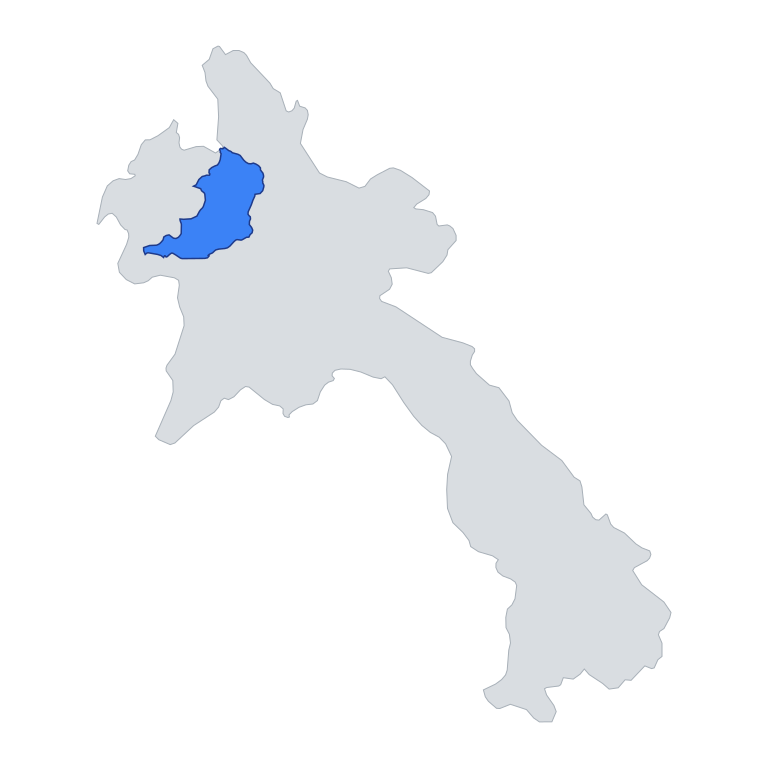 Oudômxai on a map of Laos (orthographic projection)
{"feature_id": "LAO-3290", "entity_name": "Oudômxai", "entity_type": "Province", "adm_level": 1, "iso_a3": "LAO", "parent_name": "Laos", "parent_adm1": "", "projection": "orthographic", "projection_center": [101.644, 20.521], "detail": "fine", "context": "in_parent", "style": "filled", "palette": "blue", "viewbox_px": 768, "rotation_deg": 0, "n_neighbors": 0, "source": "natural_earth", "source_scale": "10m", "svg_char_len": 5513}
<svg xmlns="http://www.w3.org/2000/svg" viewBox="0 0 768 768"><path d="M246.5,55.3L250.7,62.8L269.9,83.1L273.2,88.6L280.2,92.8L286.2,110.9L288.7,112.0L291.9,110.8L294.2,108.2L296.2,101.2L297.5,100.4L299.7,106.2L305.1,107.9L307.4,110.4L308.2,114.7L307.4,119.2L303.0,129.6L300.4,143.4L319.5,173.0L327.4,177.0L346.2,181.7L359.0,188.1L364.9,186.4L370.5,179.0L377.2,174.8L389.7,168.3L393.4,167.9L400.4,170.3L412.0,177.5L429.5,191.0L429.0,194.7L425.9,198.4L416.7,204.1L413.8,207.6L415.7,208.9L423.4,209.7L432.6,212.6L435.5,216.2L437.1,224.4L438.8,226.0L447.3,224.9L449.9,226.0L453.0,228.6L456.1,235.4L456.1,240.5L447.9,249.7L447.0,255.1L442.8,261.7L431.3,272.7L428.2,273.4L406.7,267.8L389.7,268.9L388.3,271.2L391.3,277.7L392.2,284.2L389.6,289.2L379.9,295.7L379.6,298.5L381.6,301.4L396.0,306.9L442.1,337.3L463.0,342.9L472.2,346.6L474.6,348.8L474.6,351.5L472.3,355.0L470.4,361.2L470.4,364.8L472.6,368.4L476.4,373.6L489.4,385.1L498.9,387.7L509.0,401.0L512.2,412.8L517.2,420.3L541.6,445.3L561.8,460.5L574.1,477.2L580.0,480.9L581.9,487.0L583.9,504.8L591.0,513.5L592.6,517.1L595.7,519.7L599.0,520.1L605.9,514.0L607.3,514.8L610.7,524.1L613.7,527.5L624.4,533.0L635.9,543.9L642.0,547.9L649.7,550.9L650.9,554.4L649.6,558.1L647.3,560.6L634.4,567.6L632.7,570.5L641.7,584.8L663.9,602.0L671.0,612.5L669.7,617.8L664.0,628.5L659.5,631.5L658.4,634.8L662.0,643.2L662.0,656.4L657.9,659.7L654.2,667.9L651.6,668.6L644.8,665.9L631.1,680.3L625.1,679.8L618.2,687.8L609.1,689.1L602.7,683.5L589.2,674.6L584.3,669.0L580.2,674.1L573.2,679.1L563.3,677.7L560.7,684.7L558.8,686.0L546.8,687.5L544.5,688.7L546.6,695.0L553.9,705.5L556.2,711.6L551.9,721.8L539.4,721.9L533.7,718.0L526.5,709.6L510.4,704.3L499.8,708.5L496.5,708.3L488.4,701.3L485.3,696.8L483.4,689.9L495.5,684.1L501.6,679.6L505.6,674.9L507.2,670.1L508.8,650.0L510.5,643.0L509.4,634.3L506.0,627.6L505.8,617.4L507.4,609.1L511.9,604.9L515.0,598.8L516.7,585.5L515.2,582.1L510.6,578.9L502.9,576.0L498.0,572.2L495.9,567.5L496.0,563.3L498.3,559.7L492.5,555.8L478.5,551.7L470.7,546.6L469.0,540.5L463.0,532.5L452.9,522.7L447.5,508.4L446.7,489.6L447.6,474.3L451.6,456.5L445.6,443.8L439.2,437.2L430.3,432.4L421.8,425.4L413.7,416.3L403.9,402.7L392.5,384.8L384.9,376.8L381.1,378.7L373.1,377.1L360.8,372.0L350.1,369.3L340.9,369.0L335.0,370.3L332.3,373.1L332.1,375.8L334.4,378.5L333.2,380.6L328.4,382.2L324.6,385.2L320.3,391.9L317.4,400.6L312.9,404.0L305.9,404.8L299.0,407.3L292.2,411.6L289.0,414.9L289.4,417.0L287.9,417.5L284.6,416.3L283.0,413.5L283.2,408.9L279.7,405.9L272.6,404.4L264.5,399.6L249.1,387.1L245.5,386.5L240.5,389.8L233.9,396.8L228.5,399.6L224.2,398.2L220.9,400.7L218.6,407.1L214.3,412.1L193.6,425.6L174.9,443.0L170.2,444.6L158.8,439.7L155.3,436.2L170.9,400.6L173.2,391.9L172.8,380.5L166.2,370.9L166.0,368.1L167.0,365.2L175.0,354.2L184.1,325.7L183.7,316.8L179.7,307.0L177.5,297.8L179.3,285.2L178.6,280.3L174.4,277.8L160.3,275.2L152.2,277.2L148.3,280.7L143.6,282.8L134.7,283.9L126.3,279.6L119.4,272.3L117.8,263.4L126.6,244.4L128.8,237.1L128.6,233.6L127.1,230.0L125.0,229.5L120.6,224.9L116.3,217.0L112.2,213.3L108.3,214.0L104.7,216.9L98.8,224.4L97.0,223.4L102.4,197.1L107.3,185.9L113.1,180.8L119.1,178.6L125.5,179.5L130.9,178.6L135.2,175.8L134.8,174.3L129.7,173.8L127.7,170.8L128.8,165.2L131.1,161.6L134.6,160.0L138.0,154.3L141.3,144.7L145.3,139.9L150.0,139.8L158.0,135.7L169.3,127.6L173.7,119.7L177.9,123.4L176.3,132.5L178.6,134.4L179.6,137.7L179.0,142.8L179.9,147.1L181.6,149.2L184.1,150.2L196.2,146.6L203.5,146.3L215.5,153.0L222.6,148.0L222.7,146.1L216.9,139.9L218.6,116.8L217.8,99.2L208.0,86.3L206.0,81.0L205.0,72.5L202.2,65.3L209.2,59.4L213.0,48.7L218.0,46.1L219.5,46.5L225.5,54.6L233.2,50.5L239.0,50.5L243.9,52.6L246.5,55.3Z" fill="#d9dde1" stroke="#a8b0b8" stroke-width="1"/><path d="M222.3,148.8L223.0,148.7L223.6,148.2L224.0,147.7L224.2,147.3L225.5,148.1L228.9,150.7L230.2,151.1L231.4,151.8L232.2,152.7L238.0,154.3L240.2,155.5L243.7,160.1L245.8,162.1L248.4,163.6L250.9,163.8L253.4,163.1L256.0,164.1L258.6,165.7L260.4,167.8L260.5,170.0L262.9,173.1L263.5,175.2L263.6,176.9L262.4,180.0L262.8,181.9L262.7,183.0L263.3,184.0L263.9,185.4L263.8,186.9L262.7,190.7L260.1,193.5L255.0,194.3L254.8,196.1L252.9,200.3L251.4,204.6L248.2,211.8L248.0,214.2L249.0,215.6L250.3,216.8L250.5,219.0L249.5,221.1L249.3,224.5L251.6,227.5L252.7,230.1L252.1,232.8L250.1,234.6L248.9,237.1L246.5,237.3L242.3,239.7L241.1,240.1L237.0,239.6L235.7,240.1L233.9,241.7L230.0,246.0L227.5,247.8L224.9,248.5L218.8,249.1L215.8,249.9L214.9,250.6L212.7,252.7L211.9,253.2L210.8,253.6L209.2,254.4L208.2,255.3L209.1,255.9L207.5,257.8L204.7,258.4L182.1,258.6L180.4,258.1L175.5,254.8L174.1,254.0L173.5,253.6L172.7,253.2L171.7,253.1L171.0,253.4L169.2,254.8L167.3,256.6L166.1,257.0L165.1,255.8L164.5,255.8L164.3,256.2L163.8,256.9L163.6,257.5L161.0,255.5L157.5,254.4L148.4,252.8L147.3,252.9L146.4,253.4L145.2,254.5L143.7,250.9L143.6,247.6L149.7,245.5L156.5,245.2L158.2,244.5L159.7,243.6L161.5,241.8L163.1,239.8L163.8,237.0L166.2,235.5L169.1,234.9L173.5,238.2L176.0,238.5L178.4,237.3L180.0,235.5L181.2,233.6L181.4,224.7L181.2,223.4L180.5,221.7L180.0,219.9L180.0,219.0L183.6,219.3L191.1,218.8L196.9,216.1L199.4,211.4L200.7,209.6L202.2,208.2L203.3,206.6L205.4,200.3L204.8,194.1L204.2,192.9L201.5,190.7L200.7,188.7L193.5,186.2L196.2,184.8L198.9,179.5L202.2,176.5L205.1,175.8L206.3,175.2L209.5,175.2L209.9,174.0L209.0,172.8L209.2,169.8L211.7,167.6L214.6,166.1L217.5,165.0L219.1,162.6L220.2,159.7L221.1,153.7L220.2,152.2L220.4,151.4L219.9,150.2L219.6,149.3L220.6,148.4L222.3,148.8Z" fill="#3b82f6" stroke="#1e3a8a" stroke-width="1.5"/></svg>